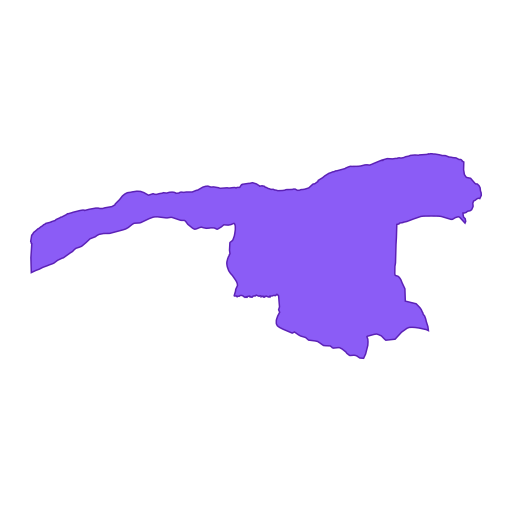 Bongandanga, Équateur, Democratic Republic of the Congo (Mercator projection)
{"feature_id": "63176286B86504731111535", "entity_name": "Bongandanga", "entity_type": "district", "adm_level": 2, "iso_a3": "COD", "parent_name": "Democratic Republic of the Congo", "parent_adm1": "Équateur", "projection": "mercator", "projection_center": [20.934, 1.471], "detail": "fine", "context": "isolated", "style": "filled", "palette": "violet", "viewbox_px": 512, "rotation_deg": 0, "n_neighbors": 0, "source": "geoboundaries", "source_scale": "gbopen_adm2", "svg_char_len": 6060}
<svg xmlns="http://www.w3.org/2000/svg" viewBox="0 0 512 512"><path d="M234.2,295.6L234.4,296.0L236.4,296.0L236.9,296.7L237.2,296.8L237.8,296.2L239.3,296.2L240.1,295.5L241.4,295.4L242.7,295.7L243.8,296.7L244.2,296.7L245.0,297.4L245.4,297.3L246.0,296.7L246.6,296.7L246.7,297.3L247.1,297.3L247.5,296.7L248.1,296.2L248.7,296.2L249.3,296.5L249.6,296.1L249.9,296.2L250.0,296.4L249.7,296.7L250.2,297.1L250.8,296.8L251.4,296.9L251.6,297.2L252.4,297.1L252.8,296.3L253.4,296.0L253.9,296.1L254.7,295.8L255.2,296.0L256.2,295.1L258.9,296.2L259.7,296.1L260.1,295.7L260.4,295.8L261.1,296.1L261.1,296.7L261.7,296.4L261.9,296.6L262.3,296.2L264.0,296.4L263.7,297.1L264.3,297.2L264.9,296.9L265.3,296.4L265.7,296.2L266.4,296.1L266.8,296.4L267.8,296.6L268.2,297.0L269.3,297.0L269.3,296.6L269.6,296.3L270.1,296.9L270.7,296.0L272.1,296.0L273.2,295.5L274.4,295.4L275.2,295.7L276.2,294.9L276.6,294.9L276.9,294.3L277.4,294.5L278.6,295.9L279.5,306.9L278.6,309.8L279.7,312.2L277.7,316.0L276.5,319.5L276.3,320.6L276.3,323.3L276.5,324.1L277.3,325.7L278.1,326.4L279.5,327.4L282.8,329.1L292.2,333.1L294.5,332.0L298.6,334.9L300.6,336.0L305.6,337.5L308.6,340.1L315.0,340.9L317.7,341.5L323.5,345.5L325.5,345.7L330.1,345.9L331.3,346.7L332.3,347.7L333.3,348.1L338.3,347.6L339.7,347.7L342.1,349.0L345.8,351.9L346.8,353.3L349.5,355.4L350.4,355.5L354.0,355.2L355.7,355.5L356.9,356.0L359.8,358.0L363.6,358.3L365.6,354.0L367.8,345.4L368.0,341.9L367.8,339.1L366.9,336.8L367.2,336.3L374.0,334.4L376.5,334.0L378.5,334.6L381.4,335.9L384.5,339.1L385.8,340.2L395.1,339.2L401.5,332.2L407.1,328.2L409.3,327.4L412.1,327.3L415.3,327.5L419.0,328.0L426.3,329.6L428.4,330.6L427.9,326.6L426.3,321.6L425.7,319.0L424.6,316.0L423.2,314.3L422.9,313.0L422.1,311.6L421.3,309.7L420.0,307.8L416.2,303.8L405.3,301.1L404.9,288.8L402.0,282.6L400.9,279.8L399.9,278.2L398.9,277.0L397.9,276.2L395.5,275.5L395.1,275.1L394.8,274.0L394.8,272.5L394.9,266.4L395.5,262.9L396.0,244.4L396.4,237.7L396.8,224.4L398.9,224.0L399.3,223.3L399.9,223.0L402.9,222.6L403.1,222.3L406.8,221.5L413.4,219.0L421.0,216.4L423.8,216.1L431.4,216.0L438.3,216.1L441.1,216.4L451.1,219.4L452.5,219.3L455.4,217.6L458.3,216.7L459.7,217.3L465.0,223.1L465.7,221.4L465.2,218.7L463.6,217.1L463.1,214.8L463.0,213.0L464.3,213.0L466.2,212.4L467.2,211.5L468.1,211.1L469.9,210.8L470.7,210.4L471.7,209.6L472.9,206.9L473.1,206.2L472.8,203.2L473.6,201.0L475.1,200.3L476.7,199.0L478.1,198.3L478.9,198.3L479.8,198.6L481.3,195.3L481.1,192.7L480.5,191.0L480.1,187.8L479.1,185.8L477.3,184.0L475.7,183.9L475.0,183.4L470.6,178.3L466.4,177.4L465.4,176.1L464.4,174.5L463.6,169.8L463.8,162.0L462.4,161.3L462.5,161.1L461.4,159.9L460.7,159.5L459.0,159.5L458.5,159.2L456.0,157.9L452.9,157.6L451.6,157.3L448.4,156.9L448.3,156.7L445.4,155.6L441.8,155.5L441.5,155.3L439.0,154.7L434.7,154.0L434.0,154.1L432.3,153.8L430.7,153.7L428.5,154.1L428.4,153.9L426.9,154.4L419.6,154.9L418.1,155.3L417.2,155.1L414.7,155.0L410.4,155.4L408.8,156.1L405.7,156.7L403.6,157.6L401.0,158.1L399.2,157.8L397.6,158.1L397.3,158.4L395.5,158.4L392.5,158.9L387.3,158.6L382.6,159.9L383.0,160.2L382.9,160.4L380.8,160.5L369.7,165.1L367.0,164.8L365.0,164.9L360.6,166.0L358.2,166.3L351.8,166.4L350.3,166.3L348.2,167.0L345.6,168.1L345.0,168.6L336.9,170.8L335.6,170.9L334.0,171.7L332.6,171.9L330.8,172.7L328.9,173.3L324.9,175.8L322.6,177.7L318.2,180.4L317.8,181.7L316.5,182.4L315.3,183.5L314.3,183.9L313.2,184.0L312.7,184.3L308.8,187.9L304.7,189.2L302.8,189.5L301.0,189.6L299.3,190.3L297.3,190.3L295.2,189.1L293.4,189.1L292.6,189.4L291.2,189.5L286.2,189.6L284.7,190.2L282.6,190.5L277.9,190.7L275.9,190.1L274.7,190.0L273.2,189.3L270.9,189.4L269.5,188.8L267.7,188.3L266.6,187.5L265.2,187.3L264.7,186.5L264.1,186.2L262.9,186.1L262.8,185.9L261.8,185.8L259.6,186.2L259.5,185.9L256.4,183.9L252.5,182.7L250.7,183.1L250.3,183.3L248.4,183.4L242.3,184.3L242.2,184.6L241.5,184.7L239.7,187.4L237.2,187.4L236.0,188.0L234.9,187.5L233.0,187.6L229.1,188.1L227.1,187.8L220.4,188.3L219.7,188.2L218.5,187.7L213.5,186.9L211.0,187.1L207.9,186.1L205.6,186.3L202.9,187.1L197.5,190.2L196.4,190.3L192.2,192.0L186.4,192.0L183.7,192.4L181.2,192.1L180.1,192.3L178.7,193.1L175.9,193.3L175.6,192.9L174.1,192.3L172.1,192.1L169.3,192.3L166.7,193.1L163.3,192.7L162.3,193.2L159.4,193.6L156.5,194.4L154.8,194.3L153.1,193.7L148.5,195.2L143.9,192.6L140.5,191.4L136.8,191.2L132.2,191.9L130.5,192.3L127.9,192.6L126.9,192.9L124.7,194.1L122.4,196.0L119.5,199.7L115.3,203.9L114.9,204.9L111.9,206.6L104.9,207.8L102.6,208.5L99.9,208.5L98.3,208.1L95.7,208.1L89.1,209.3L84.6,210.5L84.1,210.1L82.5,210.1L80.1,210.5L72.9,212.3L71.9,212.7L68.0,213.8L67.5,213.7L66.4,214.6L61.4,217.2L60.7,217.2L59.9,217.8L56.1,219.5L55.1,220.5L51.1,221.8L51.0,222.1L45.8,223.4L44.9,224.2L43.7,224.7L42.4,225.9L40.9,226.8L38.8,228.5L38.1,228.7L35.4,231.1L33.7,232.4L32.9,233.7L32.9,233.9L31.7,235.2L30.7,241.4L31.3,242.8L31.2,243.1L31.8,243.7L30.9,257.6L31.3,272.6L35.7,270.5L39.2,269.2L42.9,267.3L47.3,265.7L49.2,264.9L52.3,263.8L53.9,263.1L57.6,260.3L62.0,258.2L63.4,257.8L70.1,253.0L72.5,251.5L74.2,249.7L75.9,248.3L79.3,247.2L81.3,246.4L82.1,245.9L86.1,242.5L90.0,238.8L95.4,236.7L96.8,235.6L99.0,234.4L103.6,233.5L109.7,233.4L122.8,229.9L125.6,229.0L128.3,227.5L131.9,224.6L133.8,223.4L134.7,223.2L139.7,222.9L140.8,222.6L149.2,218.6L153.0,217.2L154.6,216.9L157.3,216.8L165.5,217.8L167.1,217.9L171.0,217.3L172.0,217.4L180.3,220.2L181.7,220.4L184.3,220.4L185.3,221.0L186.1,222.0L187.8,224.3L192.5,228.1L194.3,229.1L194.9,229.2L196.6,228.8L199.5,227.6L201.3,227.1L203.3,227.7L206.3,228.3L209.1,228.1L210.9,227.8L214.0,227.9L214.9,228.2L216.7,229.1L217.2,229.2L217.6,229.1L221.3,226.9L223.8,224.8L228.2,225.1L230.9,224.6L233.4,223.5L234.0,223.4L234.3,223.5L234.7,224.1L235.1,225.2L235.3,226.4L235.3,229.8L234.8,233.4L234.3,236.0L232.9,239.9L232.1,240.8L230.1,242.4L229.9,242.8L229.5,250.2L230.0,253.8L229.3,254.7L229.3,255.4L228.5,256.6L227.6,259.0L226.9,261.9L226.8,263.4L227.0,265.2L227.3,266.8L228.7,270.7L230.5,273.4L232.4,275.5L235.4,279.8L236.6,281.8L237.3,283.7L237.5,285.5L237.2,286.2L235.7,289.4L235.5,291.2L234.2,295.6Z" fill="#8b5cf6" stroke="#5b21b6" stroke-width="1.5"/></svg>